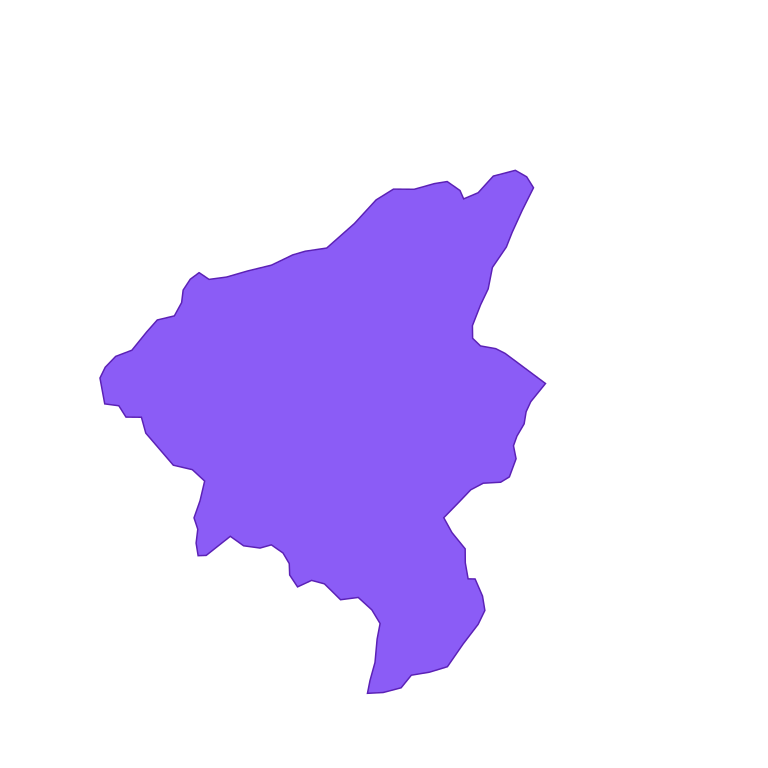 Linköping, Östergötland, Sweden, rotated 309°
{"feature_id": "70781695B57213599568931", "entity_name": "Linköping", "entity_type": "district", "adm_level": 2, "iso_a3": "SWE", "parent_name": "Sweden", "parent_adm1": "Östergötland", "projection": "equal_earth", "projection_center": [15.609, 58.386], "detail": "fine", "context": "isolated", "style": "filled", "palette": "violet", "viewbox_px": 768, "rotation_deg": 309, "n_neighbors": 0, "source": "geoboundaries", "source_scale": "gbopen_adm2", "svg_char_len": 1455}
<svg xmlns="http://www.w3.org/2000/svg" viewBox="0 0 768 768"><g transform="rotate(309 384 384)"><path d="M204.2,611.2L231.8,609.1L256.5,608.4L271.5,604.9L281.2,594.0L289.8,577.5L285.5,572.0L296.2,559.7L307.0,550.8L311.3,530.3L317.7,514.6L340.3,516.7L356.4,518.0L369.3,523.5L381.1,536.5L390.7,539.9L409.0,533.7L417.5,523.5L427.2,520.1L441.2,518.0L451.9,511.9L462.6,509.2L486.0,509.2L484.0,458.8L481.8,448.6L474.3,435.0L475.3,424.1L485.0,416.0L506.4,409.2L523.5,405.1L542.8,394.9L567.4,392.9L582.4,388.2L606.0,382.1L630.6,376.7L632.4,371.5L634.8,364.5L632.7,351.6L614.4,338.1L609.6,337.8L591.9,336.8L578.0,329.4L582.2,321.3L581.1,305.7L571.4,297.0L554.3,284.9L541.4,268.7L522.1,262.0L490.0,260.0L453.6,253.9L437.6,239.2L426.9,231.8L405.5,221.7L386.2,207.0L368.0,194.3L355.2,182.2L354.2,170.4L354.1,170.2L343.5,167.5L330.6,168.8L319.9,175.5L305.0,178.2L291.1,167.5L275.1,166.8L265.2,166.8L251.6,166.8L236.6,158.1L221.6,156.8L209.9,159.5L192.8,179.5L200.2,191.6L195.9,204.3L205.5,216.4L195.9,229.8L188.3,271.4L196.8,288.9L195.7,305.7L177.5,314.5L160.4,320.6L156.5,326.7L153.9,330.7L142.1,338.1L133.6,347.6L138.9,353.7L168.9,360.4L169.9,376.7L178.5,390.9L188.1,397.7L189.1,411.9L184.8,423.4L176.2,430.9L171.9,444.5L185.8,451.3L191.2,463.5L189.0,486.0L201.9,498.3L200.8,516.7L195.4,531.7L181.4,539.2L162.0,552.2L144.8,559.7L133.2,565.8L143.7,577.5L158.7,588.5L174.9,588.5L188.8,600.8L204.2,611.2Z" fill="#8b5cf6" stroke="#5b21b6" stroke-width="1.5"/></g></svg>